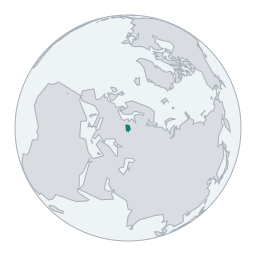 the Earth from above Vitebsk, rotated 59°
{"feature_id": "BLR-2341", "entity_name": "Vitebsk", "entity_type": "Region", "adm_level": 1, "iso_a3": "BLR", "parent_name": "Belarus", "parent_adm1": "", "projection": "orthographic", "projection_center": [28.969, 55.191], "detail": "fine", "context": "on_globe", "style": "filled", "palette": "teal", "viewbox_px": 256, "rotation_deg": 59, "n_neighbors": 0, "source": "natural_earth", "source_scale": "10m", "svg_char_len": 11588}
<svg xmlns="http://www.w3.org/2000/svg" viewBox="0 0 256 256"><g transform="rotate(59 128 128)"><circle cx="128" cy="128" r="113" fill="#eef3f6" stroke="#a8b0b8"/><path d="M63.8,35.5L71.4,30.7L66.6,33.5L69.6,31.7L75.6,28.5L81.1,25.8L89.5,23.4L94.7,24.8L91.5,25.5L93.1,26.0L97.2,25.2L99.5,24.6L110.7,26.7L124.3,26.9L128.7,25.4L127.6,27.2L136.1,23.4L143.6,23.4L135.0,24.5L134.1,25.4L139.1,25.9L139.2,27.0L141.7,27.9L141.4,29.3L136.4,30.0L136.1,31.0L139.7,31.3L141.6,33.0L136.4,32.4L139.3,35.4L131.5,37.6L117.8,35.8L113.4,38.9L98.9,42.3L100.1,43.4L95.4,45.7L95.0,48.0L92.4,48.2L94.3,49.9L96.7,49.3L98.4,49.9L98.4,51.2L95.1,51.6L94.6,51.0L93.7,51.8L92.0,51.5L92.8,52.4L88.9,52.8L92.7,54.4L89.5,56.5L86.9,56.3L87.3,53.6L82.2,47.2L79.6,46.5L75.7,47.9L68.0,56.1L65.2,56.6L61.2,59.1L62.7,60.0L66.3,58.3L68.1,60.7L72.4,58.6L73.7,59.4L78.0,58.4L77.2,61.5L74.1,65.1L70.5,66.1L69.1,67.7L72.4,69.3L65.6,73.8L60.9,81.6L59.2,82.5L56.0,79.6L56.3,73.0L52.1,70.0L54.6,75.1L50.2,77.7L49.4,79.5L49.6,81.3L51.2,81.5L49.7,83.2L46.6,78.6L47.9,77.1L48.9,78.4L49.0,75.5L46.9,72.8L44.8,74.5L43.8,69.2L42.4,70.5L41.3,70.2L43.8,68.5L39.4,71.5L37.9,67.1L31.8,72.9L37.9,65.0L40.2,61.3L42.5,57.5L41.5,58.3L45.8,52.6L47.4,49.8L44.8,52.1L50.7,46.1L57.0,40.5L63.8,35.5ZM36.1,62.9L33.8,66.7L32.7,68.0L36.1,62.9ZM28.3,75.6L27.5,77.1L27.4,77.4L28.3,75.6ZM20.7,93.7L20.7,93.9L19.9,97.3L18.7,101.0L19.2,100.4L18.1,104.9L17.3,114.7L17.1,114.7L16.2,127.5L17.3,138.8L17.5,143.8L17.2,144.3L18.0,148.1L18.0,149.3L23.0,164.4L27.0,174.2L27.9,178.0L26.5,176.8L26.9,177.7L23.4,169.8L20.5,161.7L18.2,153.3L16.6,144.9L15.7,136.3L15.4,127.7L15.7,119.0L16.7,110.5L18.4,102.0L20.7,93.7ZM30.4,74.2L25.1,86.0L26.5,81.1L26.6,81.6L28.2,78.2L30.8,73.0L32.5,69.2L30.4,74.2ZM31.6,75.3L32.3,73.6L31.8,75.1L31.6,75.3ZM100.5,24.2L97.3,25.1L93.5,25.5L96.2,24.6L100.5,24.2ZM107.7,24.1L106.2,24.7L104.5,23.9L105.9,23.8L107.7,24.1ZM131.8,24.1L129.2,24.2L131.7,23.8L131.8,24.1ZM142.1,27.8L142.8,27.5L143.8,28.1L142.1,27.8ZM78.1,56.9L78.0,57.6L77.3,57.4L78.1,56.9ZM80.1,55.8L79.2,54.9L80.0,54.3L80.5,54.8L80.1,55.8ZM144.2,30.9L145.6,32.1L143.4,31.0L144.2,30.9ZM80.9,57.0L81.5,53.3L83.0,52.2L86.0,53.4L80.9,57.0ZM145.8,32.9L149.2,36.0L151.1,35.5L147.6,38.9L145.9,35.0L142.8,33.6L145.2,33.7L145.8,32.9ZM97.5,48.5L94.9,49.2L97.1,47.4L97.5,48.5ZM98.5,47.3L102.8,41.4L106.6,41.2L104.4,43.2L109.3,42.1L109.1,44.9L106.3,46.1L103.9,45.6L105.6,47.1L98.5,47.3ZM145.1,40.4L145.2,41.4L144.2,40.5L145.1,40.4ZM99.2,50.0L99.7,48.8L103.1,48.5L102.6,50.9L101.7,50.2L99.2,50.0ZM110.7,40.5L113.1,40.8L113.6,43.2L114.6,43.6L109.4,44.9L110.7,40.5ZM100.9,51.0L102.3,52.2L100.7,53.6L98.9,51.2L100.9,51.0ZM104.1,47.4L105.7,47.5L104.7,48.2L104.1,47.4ZM95.9,59.4L96.5,57.8L98.2,57.5L95.9,59.4ZM102.9,52.6L103.5,52.1L104.2,51.8L104.8,52.9L102.9,52.6ZM110.1,46.5L109.8,47.5L112.2,46.1L112.7,47.9L109.1,48.5L110.8,49.0L111.0,49.6L107.9,49.5L110.1,46.5ZM107.7,53.3L103.3,54.9L101.9,57.8L100.3,58.2L102.9,53.3L107.7,53.3ZM108.1,51.0L107.5,52.5L105.8,52.1L105.1,50.8L108.1,51.0ZM114.2,48.9L114.5,46.0L115.2,46.0L114.2,48.9ZM107.6,54.2L108.7,53.9L107.7,54.5L107.6,54.2ZM112.6,50.6L112.6,49.6L113.4,49.6L112.6,50.6ZM110.8,54.0L109.4,54.5L108.9,53.6L110.8,54.0ZM111.9,52.5L113.1,52.8L109.6,53.0L111.7,52.0L111.9,52.5ZM113.4,50.8L113.9,50.5L113.3,51.3L113.4,50.8ZM113.4,57.1L109.1,57.6L108.0,55.7L112.4,55.4L113.4,57.1ZM55.1,190.0L48.9,173.1L52.1,170.0L52.9,163.7L75.7,152.0L80.4,155.7L98.2,158.3L100.4,159.8L98.1,165.1L111.3,174.3L115.8,170.2L127.9,174.4L136.1,173.9L139.3,163.2L125.9,163.8L123.8,158.4L134.6,153.5L146.4,152.9L145.9,150.9L138.6,146.9L141.5,142.6L136.1,145.1L138.2,147.2L134.9,148.9L132.8,147.2L133.9,145.7L130.4,144.8L126.1,152.6L127.8,155.5L118.5,156.6L120.3,161.7L117.8,163.8L113.7,156.1L114.2,153.3L106.6,144.1L105.2,147.0L112.3,156.0L110.0,155.1L108.2,159.5L107.8,155.5L100.4,145.1L92.1,144.9L81.3,153.1L76.6,152.1L72.7,147.8L76.9,137.1L87.1,140.7L88.7,137.3L86.9,130.6L90.1,132.3L90.6,130.2L94.5,131.2L100.2,127.2L104.2,127.7L106.7,121.1L109.0,120.5L106.9,124.5L107.5,127.7L117.4,128.8L119.4,127.5L120.2,123.2L122.8,124.2L122.3,119.9L128.1,118.5L120.7,116.7L121.4,112.0L125.0,108.5L124.0,106.7L118.1,112.4L116.9,115.0L118.1,117.7L113.8,124.9L110.3,125.6L109.7,117.1L104.8,117.4L106.5,111.0L121.4,99.1L127.5,97.0L137.0,103.3L135.5,106.4L131.3,105.6L134.9,110.6L134.8,108.1L136.9,109.1L138.2,105.0L139.8,105.5L138.3,100.9L140.4,101.0L141.3,103.9L145.0,98.3L149.5,97.6L149.5,96.1L148.3,94.8L154.8,95.0L154.5,93.9L152.3,93.4L150.4,91.0L149.5,86.9L151.8,87.1L152.4,88.7L157.2,92.4L158.5,96.6L159.3,96.3L158.7,92.8L153.0,88.2L151.8,85.6L154.8,87.4L153.6,86.5L153.7,85.4L156.0,84.6L152.8,82.5L151.2,70.1L155.4,67.6L158.3,70.3L159.6,62.7L164.2,60.8L162.2,60.3L161.4,56.6L159.9,57.1L158.9,56.6L156.3,47.8L157.4,46.1L154.0,42.1L152.9,41.9L151.9,42.9L147.6,38.9L151.1,35.5L153.3,36.1L154.0,33.7L158.9,35.6L163.3,36.1L168.3,39.8L171.3,40.1L171.2,39.2L175.3,39.0L184.0,42.3L177.3,43.8L164.4,40.5L169.7,42.1L168.6,43.0L170.6,44.5L174.3,45.6L174.7,44.9L181.2,54.1L190.5,60.6L189.6,56.5L191.8,55.6L201.5,60.4L213.6,76.3L216.7,76.0L218.7,77.7L220.2,81.7L217.2,79.2L216.2,81.0L214.3,79.2L215.6,85.0L213.0,82.6L215.3,88.5L217.4,89.0L217.3,84.6L220.4,91.0L223.7,90.2L227.1,93.7L231.7,107.7L231.8,116.8L232.4,118.5L230.9,119.8L231.3,126.0L236.0,128.1L236.7,130.4L236.2,140.2L235.7,138.8L231.7,142.2L232.6,148.5L235.8,147.2L236.9,150.1L235.3,152.8L233.9,150.5L232.4,151.6L231.6,146.6L228.0,142.1L226.3,147.5L225.3,144.5L220.1,142.6L216.9,150.0L212.6,165.9L214.0,173.8L211.6,179.7L204.0,173.6L200.4,166.9L197.7,169.8L189.8,166.7L176.3,173.3L174.3,171.6L171.8,173.9L166.2,173.5L163.1,170.3L159.8,171.6L167.9,179.7L171.5,178.2L174.4,173.0L176.0,176.1L181.4,177.1L175.7,188.1L155.5,201.3L153.5,195.5L137.8,179.0L138.2,176.6L138.2,176.4L138.0,175.9L136.6,179.8L133.9,176.1L142.3,188.8L143.8,194.2L155.3,201.7L154.2,202.9L157.9,203.9L169.5,198.4L169.6,200.4L164.1,210.6L147.9,224.0L150.1,229.0L148.9,233.0L138.7,236.3L139.6,238.1L134.4,239.1L134.0,239.8L129.8,240.4L122.8,240.5L110.9,239.3L110.1,239.1L104.2,237.3L95.9,231.0L98.9,228.6L97.8,225.6L89.2,216.0L91.1,211.8L88.7,209.0L84.0,208.1L81.3,204.5L78.4,203.4L60.5,196.8L55.1,190.0ZM67.7,161.1L67.1,163.0L67.7,161.1ZM158.9,157.6L165.9,155.9L162.6,149.8L165.0,148.8L163.0,147.2L162.3,149.4L157.4,144.8L160.3,141.8L159.4,138.8L157.0,139.3L152.4,145.6L159.4,152.2L157.9,155.5L158.9,157.6ZM17.3,115.0L17.1,116.9L17.1,115.3L17.3,115.0ZM25.9,81.7L25.2,83.7L24.5,85.2L24.9,83.9L25.9,81.7ZM21.8,98.3L21.4,100.9L21.5,98.8L21.8,98.3ZM24.5,87.8L22.1,96.4L22.4,92.7L24.0,87.4L23.4,90.2L24.5,87.8ZM30.2,76.1L29.6,77.6L29.2,77.7L30.2,76.1ZM31.2,76.5L31.3,76.0L31.9,75.0L31.2,76.5ZM50.4,78.0L50.6,78.4L50.4,80.3L49.7,79.7L50.4,78.0ZM54.0,87.6L51.4,90.0L52.8,87.8L51.4,87.3L52.5,82.0L58.4,82.7L55.5,83.3L54.0,87.6ZM55.6,75.5L54.3,78.6L55.5,75.2L55.6,75.5ZM89.7,117.7L90.9,119.7L89.3,122.0L84.2,121.9L86.5,118.6L89.7,117.7ZM93.0,122.2L93.8,114.0L97.0,113.9L95.0,115.3L97.1,116.1L94.5,118.6L96.7,126.6L95.5,129.1L86.9,127.3L90.4,126.4L89.0,124.4L93.0,122.2ZM90.3,95.3L90.7,92.3L97.0,95.9L95.9,98.3L90.9,98.3L89.2,95.4L90.3,95.3ZM86.1,59.9L85.9,58.9L86.8,58.7L87.7,59.5L86.1,59.9ZM96.0,58.7L88.2,64.5L87.5,63.5L83.7,68.4L80.5,67.8L83.0,64.6L77.7,67.9L78.6,64.8L75.2,67.4L81.2,60.4L81.9,58.0L82.4,60.9L85.4,61.5L86.9,61.0L91.6,57.9L94.5,53.0L98.0,53.0L99.7,54.3L99.5,55.4L97.3,55.0L98.6,56.9L95.3,57.2L96.0,58.7ZM117.1,71.8L114.6,70.4L116.8,75.0L113.5,75.0L113.9,75.5L111.5,76.8L109.3,79.4L107.9,79.0L107.6,80.2L106.0,81.2L105.2,82.7L102.3,82.6L101.1,84.5L100.4,83.3L99.1,86.7L98.8,84.1L96.7,85.3L98.1,87.2L84.4,83.4L78.9,84.1L74.5,86.2L74.5,81.8L78.6,77.1L84.7,73.1L90.0,73.2L89.0,71.3L91.2,70.8L91.1,72.5L92.7,69.6L94.5,69.7L99.9,66.7L101.1,62.7L103.1,61.6L103.5,63.2L105.2,61.0L107.3,63.4L108.8,62.7L112.4,64.5L112.3,68.2L114.0,67.2L116.8,68.6L117.1,71.8ZM114.3,57.7L115.0,61.9L113.5,64.1L107.9,60.1L106.3,60.4L102.6,58.2L104.8,55.2L105.7,56.1L107.0,56.3L105.8,57.1L107.8,56.6L109.0,57.8L110.8,57.8L110.6,59.1L114.3,57.7ZM103.0,158.1L104.7,158.7L107.4,158.9L106.3,161.7L103.0,158.1ZM97.8,151.2L99.4,151.1L99.1,155.0L97.4,154.5L97.8,151.2ZM100.4,147.9L99.5,150.8L98.9,148.9L100.4,147.9ZM108.4,124.3L110.1,124.0L110.2,125.1L109.1,126.5L108.4,124.3ZM122.7,86.1L121.5,84.8L122.1,84.2L121.6,80.5L124.0,80.3L125.2,82.5L122.7,86.1ZM136.9,165.3L134.5,167.5L133.3,166.6L134.4,166.0L136.9,165.3ZM119.6,165.3L123.5,166.8L119.3,166.0L119.6,165.3ZM125.2,85.2L124.7,83.7L126.2,84.5L125.2,85.2ZM125.7,80.0L127.5,80.6L124.2,79.9L125.7,80.0ZM167.8,227.9L159.8,234.8L154.5,236.1L153.8,235.2L156.9,231.5L163.0,229.0L166.1,226.3L167.8,227.9ZM237.5,154.2L236.7,157.3L237.2,155.2L238.5,149.8L237.5,154.2ZM237.1,155.5L235.3,159.0L230.7,158.8L232.4,155.8L236.7,152.0L236.5,153.6L237.7,152.0L237.1,155.5ZM239.9,140.7L239.6,143.0L239.2,145.3L238.9,143.6L239.1,140.7L239.5,138.5L239.8,123.2L240.1,121.6L240.4,127.0L240.6,126.9L240.5,133.6L240.5,133.8L239.9,140.7ZM214.5,174.2L217.0,176.5L215.5,178.7L214.5,174.2ZM238.7,115.1L239.4,121.5L238.4,114.5L238.7,115.1ZM237.5,109.6L238.0,110.8L237.5,110.9L237.5,109.6ZM233.5,120.6L233.1,123.3L232.5,122.3L232.7,118.3L233.5,120.6ZM229.7,96.8L231.8,99.8L232.4,101.3L231.2,100.6L229.7,96.8ZM144.9,82.6L143.0,87.9L143.2,91.8L145.8,94.1L141.3,93.2L141.0,87.1L144.9,82.6ZM150.2,71.6L147.9,69.8L149.4,69.2L150.2,69.5L150.2,71.6ZM148.5,71.5L144.7,71.8L143.8,70.0L146.9,70.0L148.5,71.5ZM135.0,78.3L134.2,79.9L133.0,79.1L135.0,78.3ZM239.4,111.4L239.2,111.8L239.6,115.2L238.3,106.9L238.8,107.9L239.4,111.4ZM238.4,108.6L238.8,111.7L238.0,107.4L238.4,108.6ZM238.6,111.5L238.1,110.1L238.1,108.5L238.6,111.5ZM238.3,107.4L237.3,104.2L237.8,104.9L238.3,107.4ZM236.6,107.3L237.5,106.0L237.3,110.0L234.8,104.9L234.7,102.6L236.6,107.3ZM219.9,74.4L218.6,73.5L217.8,71.2L218.9,72.5L219.9,74.4ZM213.8,63.5L217.1,70.4L219.5,76.2L219.9,75.4L222.5,78.8L220.6,78.7L217.2,72.9L215.8,69.0L213.3,66.6L210.9,62.8L207.9,61.1L206.1,59.1L208.4,59.5L213.8,63.5ZM206.7,60.6L200.6,56.8L200.1,53.7L201.4,53.8L204.3,56.8L204.4,58.2L206.7,60.6ZM199.0,55.0L199.0,56.5L190.1,55.1L188.1,54.1L194.6,53.2L195.0,54.5L197.3,55.5L199.0,55.0ZM146.4,41.3L145.3,41.4L145.9,40.7L146.4,41.3ZM158.1,56.9L156.8,56.1L157.6,55.3L158.1,56.9ZM153.6,53.5L153.6,55.0L152.7,53.3L153.6,53.5ZM153.9,58.5L153.2,55.6L155.3,58.5L153.9,58.5Z" fill="#d9dde1" stroke="#a8b0b8" stroke-width="1"/><path d="M125.3,127.7L125.2,127.7L125.3,127.5L125.3,127.4L125.4,127.2L125.5,127.0L125.6,126.9L125.8,126.7L126.0,126.7L126.1,126.8L126.2,126.7L126.2,126.8L126.3,126.8L126.5,126.8L126.5,126.7L126.7,126.4L126.8,126.3L126.8,126.2L127.0,126.1L127.2,126.3L127.3,126.3L127.4,126.2L127.5,126.2L127.7,126.4L127.7,126.5L127.8,126.5L127.9,126.4L128.0,126.4L128.3,126.5L128.5,126.5L128.4,126.7L128.4,126.8L128.5,126.9L128.5,127.0L128.7,126.9L128.8,126.9L129.0,126.8L129.0,126.7L129.3,126.7L129.7,126.8L129.8,126.9L129.8,127.0L130.0,127.2L130.2,127.3L130.1,127.5L130.0,127.8L130.2,128.0L130.3,128.1L130.3,128.3L130.2,128.3L130.2,128.5L130.0,128.8L130.3,128.9L130.3,129.0L130.5,129.0L130.4,129.3L130.5,129.4L130.4,129.4L130.4,129.5L130.2,129.5L129.9,129.5L129.8,129.8L129.7,129.7L129.4,129.6L129.2,129.7L129.2,129.8L129.1,129.7L128.8,129.7L128.7,129.7L128.7,129.8L128.4,129.9L128.5,129.8L128.5,129.7L128.5,129.4L128.6,129.2L128.4,129.2L128.2,129.1L127.9,129.1L127.7,129.2L127.4,129.1L127.4,129.3L127.3,129.2L127.2,129.2L126.9,129.1L126.7,129.1L126.5,128.9L126.4,128.8L126.4,128.7L126.2,128.6L126.1,128.4L125.9,128.3L125.7,128.4L125.4,128.4L125.2,128.4L125.0,128.5L124.9,128.4L124.9,128.2L125.0,128.0L125.3,128.1L125.4,127.9L125.5,127.9L125.5,127.7L125.4,127.7L125.3,127.7Z" fill="#14b8a6" stroke="#0f766e" stroke-width="1.5"/></g></svg>